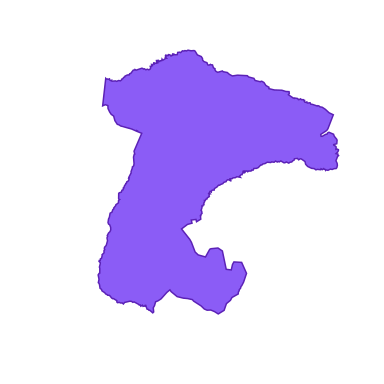 Kapiri Mposhi, Central, Zambia (Albers equal-area conic projection), rotated 293°
{"feature_id": "96606910B40769326482894", "entity_name": "Kapiri Mposhi", "entity_type": "district", "adm_level": 2, "iso_a3": "ZMB", "parent_name": "Zambia", "parent_adm1": "Central", "projection": "albers", "projection_center": [28.625, -14.196], "detail": "fine", "context": "isolated", "style": "filled", "palette": "violet", "viewbox_px": 384, "rotation_deg": 293, "n_neighbors": 0, "source": "geoboundaries", "source_scale": "gbopen_adm2", "svg_char_len": 6052}
<svg xmlns="http://www.w3.org/2000/svg" viewBox="0 0 384 384"><g transform="rotate(293 192 192)"><path d="M138.4,274.0L146.6,265.2L144.0,257.9L141.1,257.6L135.6,258.6L134.2,253.7L149.6,243.0L150.6,237.8L147.2,231.6L146.2,230.7L137.5,229.8L136.5,222.3L138.0,218.3L145.4,211.2L147.5,208.5L153.9,196.8L160.4,200.5L163.3,204.2L165.9,202.3L168.3,206.4L166.4,207.8L170.4,210.7L173.5,209.0L173.7,209.4L174.9,209.1L176.2,209.6L178.2,208.4L178.5,207.6L181.5,207.3L183.0,206.6L183.3,207.4L185.0,207.5L185.1,207.9L186.5,207.2L187.9,207.4L189.0,206.8L189.1,207.4L191.1,207.8L191.4,208.5L192.7,208.4L194.5,209.7L194.9,209.2L196.3,209.0L197.1,207.9L197.5,208.1L197.6,209.2L198.3,208.3L199.6,208.3L199.8,208.6L199.5,209.8L200.6,209.5L201.6,209.9L202.5,211.7L203.9,211.3L206.5,213.1L208.6,213.7L209.1,214.9L209.9,215.2L211.7,217.1L213.3,217.5L214.9,219.4L215.9,219.3L217.2,220.0L217.5,220.9L217.4,223.3L218.0,223.2L218.4,221.7L219.0,221.7L220.0,223.8L221.1,224.3L222.1,226.3L223.6,227.3L224.4,230.7L225.0,229.5L227.2,230.5L227.5,231.3L228.9,231.2L229.8,231.9L230.2,231.1L231.3,231.0L232.0,232.6L231.7,232.8L231.1,232.2L230.5,233.0L232.1,233.4L232.9,234.3L232.4,235.4L233.4,235.9L234.2,237.8L234.8,238.5L235.5,238.4L236.1,239.8L237.8,239.7L239.0,242.2L240.4,243.5L243.7,244.7L244.1,245.7L245.4,246.2L246.8,248.2L248.8,249.6L249.9,253.0L250.8,253.5L251.5,256.0L253.1,256.8L252.9,258.8L253.7,259.4L253.8,260.6L255.3,261.6L254.8,265.2L255.2,266.1L256.5,267.1L256.4,269.8L257.7,270.6L258.6,272.1L260.0,272.5L261.1,273.5L262.6,273.3L264.1,275.9L263.3,277.6L264.9,278.7L265.1,279.8L264.2,284.1L261.9,285.8L260.7,288.5L260.5,292.8L261.3,295.4L260.8,297.4L261.8,298.5L262.8,301.8L263.8,301.7L263.6,303.4L265.0,304.1L264.6,304.8L264.8,305.8L264.1,306.5L264.7,306.7L265.1,308.7L267.2,310.5L267.5,312.2L269.0,313.7L269.9,315.5L271.1,315.8L273.4,315.4L275.1,314.4L277.0,312.3L281.7,312.1L282.7,312.7L283.0,311.9L283.9,311.5L283.6,309.6L285.8,310.5L287.3,310.6L288.2,310.2L288.2,308.7L287.5,307.8L289.8,307.1L290.3,306.1L290.5,304.2L291.0,303.9L293.0,306.4L296.4,305.3L297.1,304.6L298.9,301.2L300.5,299.7L300.5,294.7L299.4,293.8L297.9,293.6L297.3,292.5L294.1,290.1L293.7,289.1L295.3,288.0L301.3,292.0L303.4,292.4L318.3,291.9L318.5,287.2L320.2,282.5L320.9,278.8L320.4,276.5L320.8,275.2L320.6,274.0L320.1,273.7L319.7,268.5L319.2,267.1L320.3,265.8L319.2,264.0L319.0,263.2L319.8,262.5L319.0,261.8L318.8,260.9L319.2,260.1L320.2,259.9L320.0,259.3L320.6,258.7L319.7,256.4L320.2,255.6L318.8,254.4L319.0,254.1L318.7,253.7L319.3,252.6L318.7,250.1L318.3,249.9L318.5,249.2L318.0,248.7L319.2,242.7L320.7,243.1L322.3,242.1L321.2,239.1L320.8,235.0L318.1,227.9L317.2,222.4L318.5,221.9L318.9,218.4L320.9,215.5L321.2,213.3L321.0,212.4L320.2,211.9L319.3,206.5L320.8,204.6L320.0,199.1L320.7,197.5L317.3,188.2L314.6,183.8L314.9,180.5L315.8,177.8L314.9,173.7L315.3,172.7L312.2,168.9L312.5,166.7L313.4,165.4L314.5,165.0L314.7,163.2L317.0,161.2L316.5,159.7L316.7,159.1L315.4,158.1L315.2,156.8L316.9,155.2L316.7,152.2L317.4,150.4L319.1,149.4L320.3,147.6L320.3,143.4L322.9,139.8L323.0,138.6L321.6,135.9L321.0,132.9L319.7,131.8L319.4,130.2L318.6,129.5L318.2,128.0L315.9,127.1L315.9,126.0L314.9,124.3L312.7,124.8L311.6,122.7L311.9,121.5L311.6,120.3L311.0,120.2L310.7,121.1L309.0,119.5L309.6,118.2L309.4,116.8L308.8,116.4L308.3,116.7L307.6,115.4L307.9,114.5L307.0,114.3L306.2,115.2L305.6,114.8L305.1,116.1L304.9,115.6L302.3,114.0L302.0,113.4L302.6,112.5L301.1,112.8L300.4,111.5L299.5,111.3L299.4,110.9L300.1,109.7L299.1,107.9L298.0,108.6L298.6,109.6L297.7,110.2L296.5,108.9L296.2,107.7L295.4,107.4L296.1,106.8L295.9,106.3L295.0,106.6L293.9,106.0L293.0,106.2L292.7,105.7L293.0,105.2L291.8,105.7L291.3,104.5L290.1,105.5L288.6,105.4L287.6,104.5L287.6,102.9L286.5,101.8L286.8,100.0L286.2,99.3L286.5,98.3L286.3,97.4L282.3,92.9L282.5,91.6L282.0,91.6L281.2,90.3L277.3,89.3L276.5,88.4L275.4,88.5L274.4,86.7L272.4,85.0L271.6,85.1L270.9,84.4L269.0,83.9L268.4,83.2L267.8,83.4L266.4,82.7L265.9,80.8L264.4,79.4L264.4,78.2L262.8,75.2L262.8,74.4L263.4,74.3L262.8,73.6L263.0,72.4L263.9,71.8L262.9,70.7L263.0,69.9L262.5,69.2L262.9,68.2L236.4,76.1L238.5,78.1L238.7,80.8L236.0,82.1L233.5,84.9L231.9,87.3L231.3,90.2L227.5,93.2L225.1,96.8L225.3,98.4L224.9,100.5L226.4,111.9L226.3,116.6L226.9,116.7L226.9,118.0L226.3,118.0L226.4,122.8L206.9,122.7L204.5,124.5L204.1,124.1L201.3,124.5L195.6,127.5L193.4,128.1L191.6,127.3L191.1,127.7L187.1,127.9L185.8,128.5L180.8,128.1L180.6,128.6L179.8,128.3L179.6,128.8L178.6,129.1L177.2,129.0L175.9,128.0L174.7,128.2L173.9,127.7L173.5,127.9L171.2,127.4L169.7,127.6L169.0,127.2L168.5,127.7L167.9,127.4L167.1,127.7L166.2,126.8L164.3,127.0L162.8,125.3L162.0,125.1L157.3,127.0L156.6,127.8L156.7,128.2L155.5,127.7L153.2,128.5L150.6,126.9L149.7,127.1L146.7,126.2L146.0,126.6L144.8,126.0L142.2,126.2L140.5,124.9L136.4,125.8L134.6,125.7L131.1,126.6L129.9,127.7L129.6,129.1L127.7,130.9L125.4,132.0L123.5,132.0L121.6,131.2L118.8,131.0L118.4,131.6L116.5,131.7L114.1,133.3L109.3,133.9L107.0,133.1L105.4,133.5L104.8,134.2L103.5,133.9L101.7,134.8L99.1,133.7L98.3,134.2L95.5,134.6L94.7,133.8L93.1,134.3L92.7,133.4L91.8,133.5L91.1,135.2L90.0,135.6L86.7,136.1L85.8,136.9L81.3,138.8L80.8,138.3L79.0,138.0L75.3,140.5L71.9,141.2L71.6,142.1L70.5,143.1L67.4,145.0L67.0,146.7L65.8,147.8L65.2,151.0L64.4,152.4L64.4,154.0L64.0,154.5L64.6,156.5L63.0,159.5L62.8,160.8L63.2,161.3L62.6,165.3L61.4,165.8L61.0,166.6L62.0,168.3L61.9,169.6L62.6,171.1L62.1,172.6L64.0,173.1L67.2,177.5L67.7,179.2L67.3,180.6L68.2,181.7L67.7,187.0L67.3,187.6L67.8,188.6L66.9,189.5L68.4,190.5L67.6,191.6L68.3,192.4L68.5,193.5L69.3,193.2L69.6,193.7L66.6,196.4L66.8,197.8L66.3,198.6L66.6,199.5L65.4,203.1L66.6,203.6L70.3,201.6L72.7,201.9L76.7,201.4L78.6,203.3L81.6,205.3L89.8,208.1L93.3,209.9L92.1,211.8L89.9,219.2L90.9,225.5L92.2,229.6L93.1,234.4L92.2,236.1L90.7,244.9L89.1,249.0L89.1,252.1L90.6,255.2L90.7,256.3L90.7,259.5L90.0,263.8L95.6,267.8L102.7,267.3L107.3,269.7L110.5,270.0L116.2,274.4L117.9,273.8L119.5,274.0L120.6,273.7L122.3,274.3L124.2,274.0L125.2,274.4L129.2,274.7L138.4,274.0Z" fill="#8b5cf6" stroke="#5b21b6" stroke-width="1.5"/></g></svg>